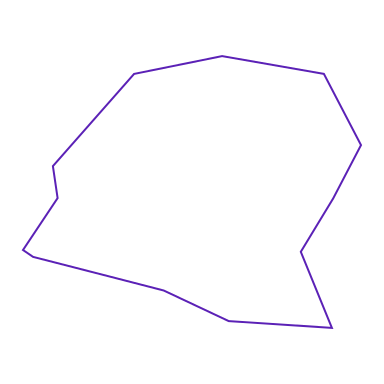 the Metropolitan Borough of Trafford
{"feature_id": "GBR-5685", "entity_name": "Trafford", "entity_type": "Metropolitan Borough", "adm_level": 1, "iso_a3": "GBR", "parent_name": "United Kingdom", "parent_adm1": "", "projection": "robinson", "projection_center": [-2.382, 53.409], "detail": "fine", "context": "isolated", "style": "outline", "palette": "violet", "viewbox_px": 384, "rotation_deg": 0, "n_neighbors": 0, "source": "natural_earth", "source_scale": "10m", "svg_char_len": 298}
<svg xmlns="http://www.w3.org/2000/svg" viewBox="0 0 384 384"><path d="M222.1,56.1L323.9,73.9L361.0,145.1L333.2,198.4L300.8,251.8L331.9,327.9L228.7,321.1L163.7,290.5L91.2,271.8L33.1,256.9L23.0,250.0L57.6,198.1L52.9,166.1L134.1,73.9L222.1,56.1Z" fill="none" stroke="#5b21b6" stroke-width="2"/></svg>